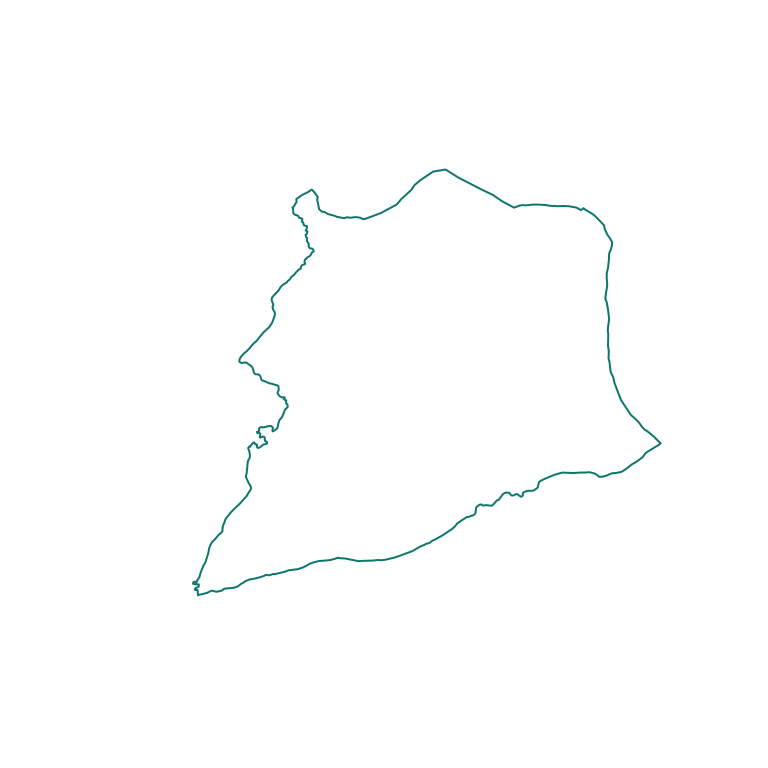 Segeneity, Debub, Eritrea, rotated 237°
{"feature_id": "51966322B33057648537634", "entity_name": "Segeneity", "entity_type": "district", "adm_level": 2, "iso_a3": "ERI", "parent_name": "Eritrea", "parent_adm1": "Debub", "projection": "robinson", "projection_center": [39.223, 15.059], "detail": "fine", "context": "isolated", "style": "outline", "palette": "teal", "viewbox_px": 768, "rotation_deg": 237, "n_neighbors": 0, "source": "geoboundaries", "source_scale": "gbopen_adm2", "svg_char_len": 6166}
<svg xmlns="http://www.w3.org/2000/svg" viewBox="0 0 768 768"><g transform="rotate(237 384 384)"><path d="M586.3,429.3L586.5,428.4L586.3,425.9L587.0,418.6L587.1,416.2L586.9,411.6L586.6,411.0L584.2,409.7L583.7,408.6L583.3,407.3L582.6,406.4L582.0,405.0L581.8,403.3L580.5,403.1L576.6,401.0L575.2,401.1L573.9,401.9L572.2,403.5L570.0,403.4L569.2,403.7L568.4,404.6L567.5,405.1L566.8,405.3L566.0,404.8L564.8,403.5L563.7,404.1L560.6,403.4L559.7,403.9L558.7,405.2L558.1,405.2L557.3,404.8L555.3,402.0L553.8,402.9L553.1,402.4L552.0,401.1L551.6,399.4L550.0,398.7L548.6,399.0L547.4,398.5L546.0,397.2L543.1,397.3L542.5,397.2L540.4,395.7L539.1,395.5L538.2,395.9L536.5,397.6L535.0,397.8L533.6,397.3L533.5,395.5L533.2,394.6L532.1,392.6L531.7,391.1L531.9,388.6L531.4,387.3L531.5,386.6L531.3,385.4L530.0,384.0L529.3,383.7L528.5,383.7L527.8,383.3L527.7,382.5L528.2,380.6L528.2,379.7L527.6,378.3L526.1,376.9L526.4,374.7L525.7,371.6L524.5,367.9L524.3,365.0L524.1,364.1L523.0,362.0L522.8,359.3L522.1,357.7L522.3,353.1L521.5,349.8L519.8,346.4L517.7,337.5L516.3,336.0L515.4,335.4L510.5,334.3L509.6,332.7L508.5,332.1L506.8,331.6L503.6,331.4L502.0,330.6L500.6,329.3L496.3,323.5L494.2,318.6L492.8,310.6L489.4,300.1L489.2,297.9L488.0,292.7L487.4,291.5L486.3,286.8L485.9,283.0L484.7,278.8L483.8,277.1L482.7,275.6L481.5,274.9L480.7,275.1L478.9,276.2L477.8,279.4L476.6,280.3L474.6,281.1L471.0,282.5L469.6,282.6L467.8,282.3L465.4,281.4L463.1,281.1L462.1,281.6L460.2,284.1L459.5,284.3L458.3,284.5L457.2,284.3L454.2,283.6L453.3,283.8L451.3,285.5L448.4,287.3L446.3,288.9L445.1,290.4L444.0,291.0L441.0,293.7L440.1,294.3L437.4,293.2L436.2,292.2L434.5,289.9L433.5,289.6L430.4,289.9L429.4,290.6L428.1,291.2L427.6,292.8L426.8,293.3L425.8,291.9L424.7,292.2L424.3,292.8L423.4,293.0L421.4,291.5L420.3,291.6L419.6,291.9L417.9,291.2L417.1,290.4L416.4,287.0L412.4,281.5L411.3,279.3L410.9,277.1L408.9,274.4L405.4,271.0L405.0,270.3L404.7,268.3L404.7,265.8L405.0,264.9L405.8,265.1L407.4,266.7L408.2,267.0L409.7,266.7L410.4,266.2L411.4,264.5L412.5,261.7L412.9,260.2L413.4,259.1L414.6,257.8L415.0,256.0L414.9,255.3L413.8,254.3L412.8,253.9L412.5,253.1L412.9,251.4L412.0,251.1L411.2,251.9L410.8,252.7L409.8,253.2L408.2,252.0L407.2,250.9L406.3,251.2L405.9,253.7L405.4,254.5L404.6,254.7L403.9,254.8L402.5,253.8L401.0,253.3L399.3,254.2L398.4,254.0L398.0,253.5L398.0,252.0L398.4,251.3L398.9,249.9L398.5,245.8L398.7,243.9L399.2,243.4L400.0,243.2L400.9,243.4L401.8,244.2L402.5,244.4L403.4,243.4L404.0,243.1L405.5,243.4L406.0,242.3L405.6,240.4L404.3,237.3L404.9,236.9L404.3,235.3L403.4,234.8L401.2,234.5L397.6,232.9L396.2,232.0L394.9,230.7L394.1,228.9L392.9,227.4L390.3,225.2L388.7,224.1L387.8,223.2L384.7,220.8L381.9,218.1L381.1,217.5L375.1,216.6L371.0,216.5L369.0,215.7L367.9,214.4L366.4,210.7L365.1,208.4L364.5,206.6L362.0,197.2L360.5,188.8L359.7,185.5L357.6,179.1L357.0,177.5L354.5,174.3L353.4,172.5L351.5,170.5L350.5,169.6L348.8,168.6L348.4,167.9L347.7,165.3L347.6,163.3L345.7,157.1L345.1,153.8L344.1,151.8L341.5,147.9L338.1,144.8L332.0,137.5L331.2,136.3L330.1,133.8L328.8,131.9L325.5,127.3L322.7,124.2L320.8,120.0L319.7,118.7L321.2,117.7L321.4,117.1L321.5,116.0L321.0,115.3L320.4,115.1L318.3,117.3L316.8,119.4L315.7,119.0L315.0,118.1L315.4,115.0L315.3,114.3L314.6,113.3L313.9,113.7L313.6,114.4L313.0,115.3L312.3,115.3L308.3,113.0L306.7,117.3L305.2,121.9L304.6,126.9L301.2,130.1L300.5,131.5L298.9,136.1L299.3,137.5L299.2,138.6L297.5,142.2L295.2,146.2L293.9,151.0L294.2,154.9L294.0,158.9L294.2,160.4L293.2,165.0L292.1,167.4L290.2,172.4L288.4,178.7L288.3,180.6L287.9,181.6L286.7,182.7L285.9,184.0L285.1,187.3L284.0,188.9L281.2,196.7L280.2,199.9L279.8,202.3L275.6,211.0L274.2,216.6L273.7,221.5L273.8,223.1L273.4,225.1L272.9,227.3L271.0,232.9L265.7,242.8L265.1,244.9L264.2,247.3L263.5,250.5L261.0,253.4L258.8,256.4L251.1,264.3L250.2,265.0L248.4,267.6L247.6,269.3L241.8,278.8L239.8,282.9L238.0,285.2L236.0,289.1L232.7,298.3L231.5,303.1L228.4,316.8L227.9,325.8L227.6,328.2L227.1,330.2L227.0,332.2L226.0,335.6L225.9,336.9L226.2,338.1L226.2,339.9L225.8,342.1L225.2,350.2L225.3,362.1L226.0,366.3L227.0,368.9L227.2,370.1L227.3,374.6L227.3,381.0L226.5,382.3L226.0,385.0L225.3,387.2L225.4,389.6L225.9,390.4L229.9,393.7L230.5,394.9L230.7,397.2L230.6,398.8L230.0,400.0L229.4,400.4L228.5,400.5L227.7,401.5L227.1,403.2L226.6,403.9L223.2,408.0L223.7,411.2L224.8,414.9L224.4,417.7L225.1,418.8L226.0,421.4L226.8,424.0L226.9,425.4L226.5,427.2L225.0,429.3L224.2,429.9L222.3,430.0L221.4,430.1L220.8,430.5L220.0,431.9L219.5,435.3L218.8,435.9L215.2,437.2L214.6,438.1L214.6,438.9L215.0,439.8L216.9,441.2L217.1,442.2L216.6,445.0L215.9,446.8L213.5,450.4L213.1,452.3L213.4,456.4L217.4,460.7L217.4,462.0L217.1,466.2L215.7,474.0L214.9,477.8L213.3,483.3L212.3,485.7L206.4,494.1L202.1,501.6L200.2,504.4L198.5,507.6L197.4,509.0L193.9,512.1L190.6,513.6L189.4,513.7L188.7,514.3L187.6,516.1L186.2,519.8L185.1,525.9L184.6,527.3L183.3,529.5L181.2,534.5L180.9,536.5L180.9,538.5L181.1,542.9L181.6,547.8L181.3,552.9L181.7,560.9L183.6,565.7L183.7,567.5L183.3,580.8L183.6,583.6L192.8,581.7L201.6,578.9L204.0,577.7L207.1,577.1L213.1,576.8L218.2,575.7L223.6,574.2L241.2,574.0L253.1,576.5L260.1,578.1L264.9,580.0L269.7,580.5L272.0,581.2L278.9,584.8L283.3,586.3L288.7,590.2L294.1,592.7L303.6,599.2L306.3,600.4L309.6,602.8L316.0,608.3L324.2,612.3L330.9,615.2L335.1,616.1L339.4,619.7L344.0,624.0L345.9,625.4L351.9,628.7L353.9,630.1L355.3,630.9L359.5,635.2L366.7,641.1L370.5,643.6L371.6,645.0L373.8,648.2L376.4,650.9L378.6,652.5L383.5,652.9L386.3,652.7L390.0,652.9L394.3,653.7L397.1,655.0L409.1,652.7L412.7,651.6L420.9,647.6L422.7,647.1L422.6,643.9L427.1,641.5L432.3,636.0L435.7,631.2L438.5,626.5L440.7,623.7L442.1,621.4L443.3,620.0L445.2,618.0L449.4,612.6L453.3,606.7L456.5,600.4L458.3,598.0L459.7,595.2L461.1,589.1L472.9,582.6L483.4,578.2L494.7,571.3L516.8,558.7L530.3,552.5L535.4,540.9L535.1,525.2L534.2,518.0L531.8,512.2L529.7,499.2L527.6,492.4L529.1,474.3L532.7,458.2L533.6,456.2L536.5,454.5L538.9,451.8L539.8,450.4L542.2,445.6L544.0,443.9L544.6,441.2L546.1,439.5L550.0,435.4L551.8,434.3L557.1,429.5L560.7,427.8L562.2,425.8L566.1,424.8L571.8,427.2L574.8,428.2L576.9,430.2L580.2,430.2L583.7,429.9L586.3,429.3Z" fill="none" stroke="#0f766e" stroke-width="2"/></g></svg>